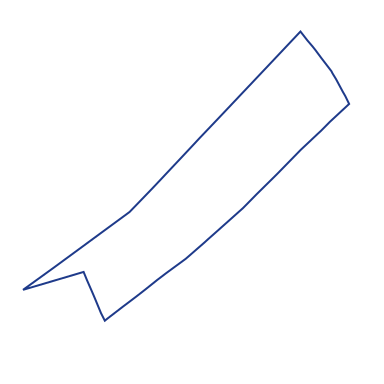 outline of Monsenhor Hipólito, Piauí, Brazil, rotated 46°
{"feature_id": "56859067B86730196244665", "entity_name": "Monsenhor Hipólito", "entity_type": "district", "adm_level": 2, "iso_a3": "BRA", "parent_name": "Brazil", "parent_adm1": "Piauí", "projection": "equal_earth", "projection_center": [-41.027, -6.94], "detail": "fine", "context": "isolated", "style": "outline", "palette": "blue", "viewbox_px": 384, "rotation_deg": 46, "n_neighbors": 0, "source": "geoboundaries", "source_scale": "gbopen_adm2", "svg_char_len": 691}
<svg xmlns="http://www.w3.org/2000/svg" viewBox="0 0 384 384"><g transform="rotate(46 192 192)"><path d="M237.8,17.8L229.5,15.1L224.7,13.9L210.9,10.0L208.7,9.5L204.2,8.5L202.0,7.8L185.4,5.9L175.4,4.6L171.3,4.2L163.1,3.7L151.9,2.5L154.3,54.3L157.4,122.9L158.5,149.4L159.2,162.4L161.7,214.4L162.0,221.7L163.0,250.8L150.4,344.0L145.0,381.5L174.2,325.5L182.5,328.8L194.1,333.1L197.8,334.5L201.7,336.0L215.9,341.6L224.0,344.1L224.4,339.9L226.4,322.0L228.5,304.7L229.7,293.4L231.1,278.2L232.4,267.2L235.7,242.9L237.0,217.6L237.1,213.3L237.5,204.4L239.0,166.4L238.5,147.2L238.2,118.9L237.2,84.5L237.5,61.0L237.6,56.9L237.3,44.0L237.8,17.8Z" fill="none" stroke="#1e3a8a" stroke-width="2"/></g></svg>